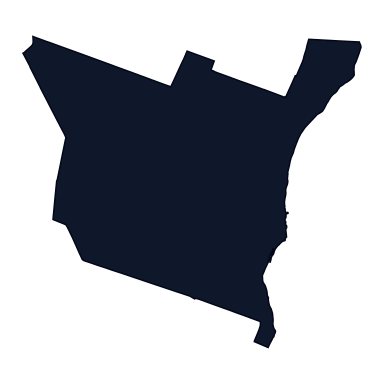 the district of Costinesti, Constanta, Romania
{"feature_id": "2599482B66221023435885", "entity_name": "Costinesti", "entity_type": "district", "adm_level": 2, "iso_a3": "ROU", "parent_name": "Romania", "parent_adm1": "Constanta", "projection": "mercator", "projection_center": [28.629, 43.947], "detail": "fine", "context": "isolated", "style": "filled", "palette": "ink", "viewbox_px": 384, "rotation_deg": 0, "n_neighbors": 0, "source": "geoboundaries", "source_scale": "gbopen_adm2", "svg_char_len": 5538}
<svg xmlns="http://www.w3.org/2000/svg" viewBox="0 0 384 384"><path d="M359.4,42.0L357.9,41.9L351.8,41.6L335.9,40.8L329.4,40.4L329.2,40.4L308.8,39.3L308.7,39.6L307.1,45.2L306.6,47.3L306.6,47.6L306.2,49.2L305.9,50.3L305.1,52.7L304.4,55.0L304.3,55.3L304.1,56.0L303.3,59.3L303.0,60.2L302.1,62.6L296.3,76.1L295.3,75.7L293.9,78.9L292.8,81.4L290.4,86.8L288.7,90.5L287.4,93.4L286.4,95.7L285.8,97.0L285.2,96.7L285.0,97.2L284.9,97.4L263.9,89.5L263.6,89.5L257.6,87.3L251.4,85.1L246.7,83.4L241.5,81.6L237.6,80.2L236.9,79.9L235.2,79.3L235.0,79.2L231.6,78.0L230.7,77.6L224.9,75.5L221.1,74.1L217.7,72.9L215.2,71.9L213.8,71.4L213.8,71.1L212.5,70.6L211.5,70.3L211.0,70.1L211.1,69.7L214.2,61.0L193.6,53.5L187.1,51.1L183.4,59.8L182.9,60.6L180.3,66.2L174.1,79.7L174.0,79.9L170.8,86.8L165.7,85.0L163.2,84.1L162.4,83.8L161.1,83.3L159.1,82.6L156.7,81.7L155.5,81.3L154.7,80.9L154.1,80.7L151.7,79.9L150.0,79.2L149.4,79.0L147.8,78.4L146.7,78.0L145.2,77.4L144.3,77.1L142.1,76.3L140.7,75.8L139.6,75.4L138.5,75.0L137.4,74.5L136.2,74.1L134.4,73.5L133.3,73.0L132.8,72.9L132.2,72.6L131.9,72.5L130.4,72.0L127.1,70.8L126.9,70.7L121.1,68.6L116.4,66.9L111.1,64.9L88.1,56.5L87.9,56.4L61.6,46.9L52.6,43.6L47.8,41.9L46.8,41.6L33.7,36.8L32.9,36.5L33.0,37.5L33.2,42.0L32.8,44.2L31.5,46.0L31.3,46.1L29.4,47.9L26.7,50.2L24.1,52.6L23.6,53.0L23.0,53.2L29.4,65.3L30.1,66.8L30.1,67.2L40.8,88.4L40.7,88.4L57.6,121.2L63.4,132.2L64.1,133.5L65.9,137.5L65.8,138.2L65.5,139.4L63.0,151.5L60.4,164.5L58.6,173.3L57.3,179.7L56.7,180.8L54.5,203.2L54.5,203.3L53.4,215.1L53.0,219.5L64.7,224.2L66.1,225.0L67.6,227.6L72.2,237.1L76.2,246.0L79.6,253.7L81.5,257.7L82.0,259.0L82.8,259.9L83.8,260.6L91.7,263.2L97.1,265.1L105.4,267.8L112.3,270.2L121.6,273.2L127.5,275.2L133.9,277.4L138.2,278.8L144.3,280.9L156.5,285.0L172.7,290.4L177.4,292.0L182.7,293.7L182.9,293.8L188.0,295.5L189.6,296.0L190.4,296.4L194.4,298.8L194.5,298.6L196.5,298.5L199.6,299.4L211.9,303.9L221.4,307.3L224.9,308.6L225.1,308.6L229.5,310.2L237.8,313.3L243.5,315.3L244.8,315.8L259.1,321.1L260.4,321.7L260.4,324.6L260.2,326.1L259.1,329.5L257.7,333.1L254.7,340.2L254.4,340.9L254.3,341.6L268.1,347.5L268.2,347.2L268.7,346.1L269.5,344.4L270.3,342.7L271.1,341.4L271.8,340.0L272.5,338.5L273.0,337.4L273.8,336.8L274.0,335.9L274.2,335.0L274.4,334.5L274.6,333.9L275.2,332.7L275.4,331.8L275.5,331.2L275.3,330.6L274.8,329.9L274.0,328.7L273.6,327.5L273.1,325.6L272.9,324.4L272.9,323.1L272.9,322.7L273.1,320.7L273.0,318.2L272.7,316.0L272.6,314.0L272.2,312.4L271.6,310.4L271.0,308.6L270.3,307.5L270.2,307.2L269.5,305.8L269.1,304.4L268.8,302.8L268.7,302.3L268.6,302.0L268.5,301.4L268.3,299.6L268.4,298.4L268.4,297.6L267.6,296.1L267.2,294.6L267.1,293.1L267.0,291.8L266.5,289.7L266.3,289.0L265.8,287.4L265.1,285.5L264.9,285.2L264.3,284.2L263.1,282.4L262.6,280.3L262.6,279.0L262.6,278.6L262.4,276.4L262.6,274.7L263.4,273.1L264.1,271.4L265.2,268.5L266.2,266.5L266.8,265.2L267.4,263.8L267.8,263.1L268.4,261.7L268.5,260.9L268.6,260.7L269.0,259.6L269.2,258.6L269.4,257.2L269.5,256.2L270.0,254.9L270.5,253.9L271.3,253.0L271.8,252.5L272.1,251.9L272.3,251.3L272.5,250.4L272.6,249.9L272.9,249.0L273.0,248.8L273.1,248.7L273.5,248.7L273.6,248.8L273.6,249.5L273.6,250.4L273.4,250.5L273.1,250.6L273.0,250.8L273.0,251.4L273.0,252.0L272.8,252.1L272.6,252.1L272.4,252.2L272.3,252.4L272.3,252.7L272.4,253.5L272.0,253.8L271.9,254.0L271.9,254.4L271.7,254.7L271.4,254.7L271.2,255.0L271.3,255.4L271.4,256.7L271.2,256.9L270.9,256.9L270.6,257.1L270.6,257.3L270.7,258.0L270.6,258.3L270.4,258.4L270.2,258.4L270.0,258.5L270.0,258.8L270.0,259.1L270.0,260.5L270.0,262.1L270.3,262.1L270.4,261.5L270.8,260.1L271.0,259.2L271.1,258.3L271.4,257.2L272.0,256.0L272.5,255.2L273.3,254.5L273.7,253.3L274.2,251.8L274.4,250.9L275.4,248.8L276.4,247.5L277.8,245.7L279.3,244.5L279.8,243.8L280.9,242.7L281.8,241.9L282.8,241.2L284.3,240.8L284.9,240.6L285.1,240.4L285.2,239.6L285.3,238.4L285.8,237.7L286.5,237.1L286.5,236.4L286.4,235.3L286.2,233.7L286.0,232.0L285.8,230.4L285.9,229.4L286.1,228.6L286.5,228.0L286.7,227.2L286.7,226.6L286.6,226.0L286.4,225.4L285.9,225.1L285.6,224.8L285.6,224.4L285.6,223.7L285.3,223.5L285.4,223.2L285.6,223.0L285.7,222.7L285.8,222.0L285.3,221.2L285.0,220.3L285.0,219.4L285.2,218.8L285.7,217.9L286.0,216.9L286.0,215.6L286.1,214.5L286.4,213.7L287.4,213.6L287.9,213.5L288.0,213.4L288.0,213.1L288.0,212.6L287.6,212.4L286.9,212.6L286.3,212.6L286.1,212.3L285.4,212.0L285.2,211.7L285.2,210.3L285.2,209.4L285.1,208.8L284.9,208.7L284.5,208.5L284.4,207.7L284.7,207.4L284.9,206.6L284.5,203.9L284.5,201.3L285.1,197.6L285.6,195.6L285.9,192.8L285.7,191.1L285.7,189.4L286.4,186.9L287.1,185.0L287.3,184.6L287.7,182.6L287.8,180.6L287.7,180.1L287.4,179.6L287.5,177.6L287.9,173.7L287.9,173.1L287.8,172.9L287.6,172.7L287.7,172.3L288.6,168.6L289.4,165.3L289.9,162.5L290.0,162.0L290.2,161.1L291.1,157.8L293.0,153.4L293.2,153.1L294.1,149.6L294.5,148.4L296.6,142.8L298.6,137.9L300.7,133.8L303.1,130.3L304.9,127.7L305.2,127.3L308.2,124.1L317.2,114.5L317.2,114.4L318.8,113.6L320.5,112.6L321.5,111.9L321.9,111.6L322.5,111.1L323.6,109.5L325.4,106.2L326.7,103.5L327.5,102.4L328.1,101.5L329.2,99.4L329.5,99.0L331.1,96.5L333.1,94.4L335.7,92.5L337.1,90.9L338.1,89.2L338.5,88.7L339.1,87.8L339.9,86.6L340.6,86.3L342.8,84.9L344.9,83.2L345.4,82.8L346.9,82.2L347.5,81.7L348.7,80.9L349.5,80.4L351.2,78.9L352.4,77.7L353.3,76.5L354.1,75.3L354.2,74.3L354.0,70.6L353.9,69.4L354.0,68.6L354.2,65.6L354.8,64.0L355.7,62.4L356.2,61.2L357.4,57.8L357.7,57.2L359.1,53.2L359.8,51.0L360.6,48.5L361.0,47.5L360.9,47.2L360.8,45.7L360.3,44.3L359.6,43.1L359.4,42.0Z" fill="#0f172a" stroke="#020617" stroke-width="1.5"/></svg>